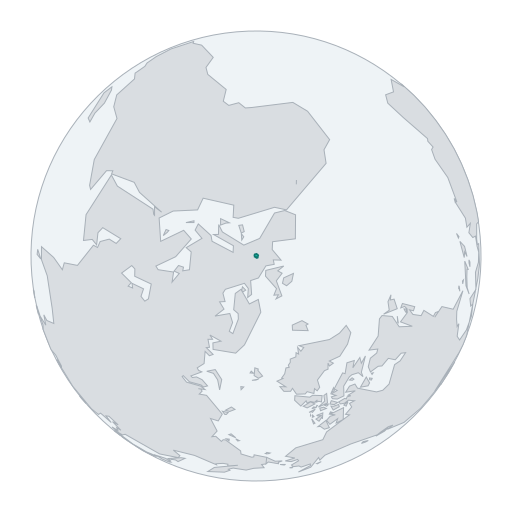 Côte-d'Or on an orthographic globe, rotated 175°
{"feature_id": "FRA-5282", "entity_name": "Côte-d'Or", "entity_type": "Metropolitan department", "adm_level": 1, "iso_a3": "FRA", "parent_name": "France", "parent_adm1": "", "projection": "orthographic", "projection_center": [4.917, 47.462], "detail": "fine", "context": "on_globe", "style": "filled", "palette": "teal", "viewbox_px": 512, "rotation_deg": 175, "n_neighbors": 0, "source": "natural_earth", "source_scale": "10m", "svg_char_len": 11254}
<svg xmlns="http://www.w3.org/2000/svg" viewBox="0 0 512 512"><g transform="rotate(175 256 256)"><circle cx="256" cy="256" r="225" fill="#eef3f6" stroke="#a8b0b8"/><path d="M32.1,280.7L31.9,278.4L31.3,270.8L33.4,268.7L34.7,253.7L34.5,248.1L33.1,248.9L34.1,228.1L37.0,214.2L53.1,158.4L57.5,149.6L62.0,142.3L89.7,105.9L67.3,133.1L73.9,123.6L83.2,111.7L83.1,112.3L96.2,98.8L105.1,90.1L123.1,77.3L140.3,71.9L134.3,75.6L139.1,74.4L146.9,69.9L150.8,67.3L177.9,60.5L204.6,51.6L210.2,47.1L211.2,49.8L219.9,40.8L232.6,37.1L220.0,42.5L220.0,44.1L229.4,41.8L231.5,43.1L237.2,42.9L238.9,44.7L231.4,48.3L232.3,49.7L238.9,48.1L244.7,49.3L234.9,51.4L244.0,53.9L233.1,61.4L205.4,67.2L201.0,74.6L176.7,89.6L180.6,90.5L173.8,97.3L175.7,101.0L170.6,103.2L176.5,104.3L180.8,101.6L184.8,101.3L186.3,103.4L180.1,106.4L178.5,105.8L177.5,107.8L173.7,108.5L176.4,109.3L168.8,113.1L178.5,112.5L174.2,118.2L168.6,119.8L166.4,115.5L147.8,110.1L141.4,111.2L134.6,116.8L127.4,135.7L121.5,139.0L115.4,146.7L119.9,146.5L126.3,140.5L133.1,142.5L140.1,135.5L143.9,135.5L152.1,130.5L153.8,135.9L151.0,144.2L144.2,148.8L142.8,152.7L151.6,152.4L141.3,165.6L138.5,182.6L135.6,185.7L125.5,183.9L119.5,173.0L106.4,172.4L117.8,177.8L110.2,186.4L110.1,190.2L112.3,192.8L116.3,191.7L114.3,195.9L102.3,191.7L103.9,187.7L107.7,189.0L104.8,184.1L96.7,182.2L93.5,187.2L84.6,180.4L82.2,184.0L78.9,184.9L83.3,179.4L75.2,189.4L64.2,185.8L52.9,203.4L60.8,183.4L61.7,175.6L61.8,168.2L59.8,170.9L62.6,158.5L60.5,154.6L52.9,163.9L46.6,177.4L44.1,189.4L46.5,187.4L46.6,194.8L39.8,203.6L38.8,220.6L35.0,230.3L33.8,240.4L34.9,246.3L35.6,256.7L38.4,255.5L41.9,260.6L39.6,269.9L43.4,266.3L44.1,275.5L52.6,291.9L51.3,292.8L58.1,317.5L69.2,336.8L71.8,346.8L70.1,349.1L74.8,355.3L74.9,358.0L97.2,381.1L111.4,396.8L112.8,405.3L104.7,407.5L106.0,420.1L93.7,411.6L96.3,414.9L84.9,402.6L74.4,389.4L65.0,375.4L56.6,360.8L49.3,345.6L43.2,329.9L38.3,313.8L34.5,297.3L32.1,280.7ZM49.4,208.1L48.5,232.7L45.8,224.2L46.9,224.5L47.8,217.0L48.4,206.2L47.0,199.5L49.4,208.1ZM56.1,206.6L56.0,203.1L56.6,205.9L56.1,206.6ZM152.3,66.1L146.8,69.7L139.1,73.6L143.3,70.3L152.3,66.1ZM167.3,60.1L165.4,61.8L160.2,62.4L162.9,61.2L167.3,60.1ZM213.7,43.9L208.9,45.5L212.9,43.6L213.7,43.9ZM237.7,42.6L238.5,41.8L241.1,42.1L237.7,42.6ZM150.7,127.9L151.3,129.2L149.4,129.4L150.7,127.9ZM153.6,124.6L150.9,124.0L151.8,122.4L153.5,122.8L153.6,124.6ZM246.1,45.3L250.2,46.2L244.7,45.8L246.1,45.3ZM156.7,125.8L153.9,119.7L155.7,116.9L163.4,116.2L156.7,125.8ZM251.7,47.1L261.7,49.7L264.2,48.0L262.9,54.5L254.8,49.9L247.7,49.6L251.8,48.5L251.7,47.1ZM181.5,99.9L177.0,102.9L179.3,98.6L181.5,99.9ZM182.0,97.3L183.4,85.5L190.7,82.6L188.8,86.9L197.1,81.9L200.0,86.2L196.1,89.9L190.8,90.9L195.9,91.9L182.0,97.3ZM260.6,57.9L261.9,59.2L259.1,58.5L260.6,57.9ZM186.6,100.9L186.2,98.6L192.5,95.8L194.4,99.9L191.8,99.5L186.6,100.9ZM197.9,78.6L203.0,77.5L206.7,80.6L209.2,80.6L200.7,86.1L197.9,78.6ZM191.1,101.1L195.2,102.1L193.6,105.3L187.4,103.0L191.1,101.1ZM193.4,93.5L196.5,92.4L195.4,94.3L193.4,93.5ZM190.3,118.0L189.7,115.0L192.9,113.3L190.3,118.0ZM196.9,102.2L197.4,101.1L198.6,100.2L201.0,101.5L196.9,102.2ZM204.0,88.0L204.5,89.7L207.6,85.9L210.5,88.3L204.4,91.6L208.3,91.2L209.2,92.0L203.1,93.9L204.0,88.0ZM207.0,100.0L200.2,105.5L200.5,111.2L197.6,112.9L197.6,103.4L207.0,100.0ZM205.2,96.2L205.7,98.9L201.9,99.5L199.2,98.0L205.2,96.2ZM214.7,88.9L211.8,84.3L213.3,83.7L214.7,88.9ZM207.8,101.6L209.5,100.2L208.3,101.9L207.8,101.6ZM213.5,92.6L212.2,90.9L213.9,90.4L213.5,92.6ZM213.7,99.1L211.5,100.7L209.7,99.7L213.7,99.1ZM214.2,96.0L216.8,95.6L210.3,98.3L213.4,95.3L214.2,96.0ZM215.2,92.3L215.8,91.4L215.5,93.1L215.2,92.3ZM222.0,102.2L214.3,105.9L210.2,103.5L218.3,100.2L222.0,102.2ZM474.8,202.5L474.4,200.9L474.2,206.1L477.7,219.2L478.1,218.4L479.3,226.1L478.9,224.0L478.8,225.5L476.3,214.9L471.4,205.4L472.5,215.9L470.0,210.0L463.3,206.4L463.6,221.5L465.7,254.5L470.0,271.0L468.9,284.0L457.7,272.2L450.1,259.2L447.6,265.9L434.7,262.2L417.0,280.9L413.1,278.3L410.0,284.0L400.7,285.6L394.2,280.7L389.2,285.0L406.2,297.6L411.4,293.0L413.8,281.0L417.7,286.8L426.5,286.5L421.7,312.0L393.0,349.3L388.0,337.7L354.5,311.6L354.3,306.6L354.1,306.1L353.5,305.3L352.8,313.9L346.2,307.9L366.5,329.5L370.9,340.0L392.7,350.4L391.2,353.4L397.5,354.0L415.0,336.7L415.6,340.9L408.7,366.2L382.5,405.1L384.7,417.1L380.7,428.6L361.6,443.0L360.5,448.7L350.2,454.6L347.7,457.8L337.9,463.4L322.6,469.7L299.4,475.1L300.1,473.4L291.8,470.8L281.3,457.6L289.4,448.2L288.2,441.1L271.2,424.5L275.1,413.0L270.0,408.4L259.8,410.2L253.7,404.4L247.3,404.3L205.9,405.8L192.0,395.7L172.5,365.5L179.0,355.9L178.1,342.2L221.6,299.3L233.3,302.9L270.3,295.1L275.4,296.5L273.7,308.6L303.6,318.2L310.2,307.0L334.6,308.0L349.2,302.3L349.7,278.9L325.8,287.9L319.0,278.6L336.1,262.3L356.6,254.7L354.7,250.9L339.5,247.2L341.9,237.3L334.0,245.3L338.9,248.1L334.0,253.3L329.2,251.2L330.3,247.6L323.5,248.1L320.2,265.7L324.8,270.4L308.3,278.3L314.4,287.1L310.7,293.0L299.0,280.3L298.5,274.5L278.5,261.6L277.6,268.2L296.4,281.1L291.5,280.8L290.4,290.6L287.4,282.9L267.2,267.9L250.8,273.2L233.8,297.2L223.4,298.8L213.0,293.6L215.3,269.7L238.2,268.8L239.3,261.0L231.4,249.7L239.1,250.6L238.6,246.1L247.0,245.3L255.5,233.9L263.5,232.0L263.7,218.1L267.9,215.4L266.5,224.3L269.9,229.8L289.4,225.5L292.2,221.9L290.8,213.3L296.3,213.5L292.5,205.9L302.1,199.7L287.1,201.0L285.1,191.8L289.2,183.3L285.8,180.7L279.1,194.7L278.8,200.2L282.9,204.4L279.9,220.5L273.9,224.1L266.8,208.8L257.5,212.5L256.1,199.6L275.2,168.5L284.7,161.0L306.9,166.7L306.5,173.2L298.3,174.2L308.8,181.3L306.5,176.8L311.1,177.2L310.3,169.1L313.5,169.1L307.3,161.7L311.1,160.7L315.0,165.4L317.1,153.4L324.3,149.7L323.2,147.1L320.1,145.3L331.3,142.2L330.0,140.5L325.8,140.7L320.5,137.5L315.6,130.8L319.7,130.1L322.1,132.4L333.3,136.5L338.9,143.2L340.1,142.3L336.2,136.4L322.5,131.2L318.4,127.4L325.0,128.9L322.3,128.1L321.5,126.0L324.6,123.4L317.4,121.5L303.4,101.4L308.0,95.0L315.5,98.1L310.0,85.0L315.7,79.8L311.8,79.9L306.6,74.3L304.8,75.8L302.5,75.5L288.3,63.2L288.2,60.1L277.7,55.9L275.7,56.1L275.2,58.1L262.9,54.5L264.2,48.0L268.6,47.8L266.4,44.4L276.8,44.7L284.5,43.6L297.2,46.7L302.1,46.0L300.7,44.8L306.3,43.4L322.8,45.5L315.9,49.0L292.3,49.1L302.5,49.3L302.1,51.0L306.9,52.3L313.9,52.5L313.5,51.4L334.6,62.7L355.3,69.8L349.2,63.8L351.0,61.9L369.2,67.2L401.9,89.8L404.6,89.4L408.5,92.2L414.4,98.3L408.9,94.3L409.8,97.1L405.8,94.2L413.4,103.5L408.0,99.8L416.5,109.2L419.4,109.8L414.7,102.7L424.5,113.0L426.8,111.9L433.2,118.1L449.9,142.2L457.8,158.2L459.5,161.4L459.4,163.4L464.2,174.8L468.2,180.4L468.8,182.0L474.8,202.5ZM209.6,323.9L209.1,328.2L209.6,323.9ZM380.6,257.3L391.4,250.7L382.6,240.3L386.0,237.1L381.7,234.9L381.9,239.6L370.9,233.1L374.1,225.8L370.7,220.7L366.9,222.7L362.8,237.2L378.6,246.4L377.8,253.7L380.6,257.3ZM52.9,292.3L53.6,296.1L52.0,293.5L52.9,292.3ZM43.8,226.6L44.4,230.4L44.2,233.6L43.4,231.4L43.8,226.6ZM52.8,256.2L54.3,261.0L52.1,257.6L52.8,256.2ZM48.7,236.3L51.6,252.8L47.4,247.4L45.8,237.1L47.8,242.0L48.7,236.3ZM52.5,210.2L52.5,213.1L51.4,214.1L52.5,210.2ZM56.5,208.7L56.3,208.0L57.0,205.5L56.5,208.7ZM110.9,186.6L111.8,187.1L113.2,190.4L111.0,190.1L110.9,186.6ZM128.5,199.0L124.9,205.6L126.0,200.5L122.2,201.0L119.9,191.2L134.0,186.9L128.0,190.4L128.5,199.0ZM120.6,177.5L120.5,183.8L120.1,177.1L120.6,177.5ZM228.1,223.7L232.0,226.5L230.3,231.8L220.2,235.4L222.5,227.7L228.1,223.7ZM237.9,229.5L233.7,214.0L239.8,211.5L237.1,215.4L241.6,215.4L238.4,221.7L248.3,235.1L247.5,240.8L229.2,243.6L235.6,239.3L231.5,236.6L237.9,229.5ZM212.3,182.7L210.6,177.1L226.1,178.9L225.9,184.0L215.8,187.6L210.1,183.7L212.3,182.7ZM170.9,126.3L169.2,124.8L170.9,123.8L173.7,124.3L170.9,126.3ZM189.7,116.8L179.9,132.0L177.5,131.0L174.7,141.7L167.2,143.3L169.3,136.2L161.4,145.8L160.4,140.0L155.7,146.9L161.2,131.0L159.9,126.5L164.2,130.8L171.0,129.3L173.6,127.4L180.0,118.7L180.6,109.0L187.5,106.4L192.3,107.2L193.2,109.1L188.4,110.1L193.0,112.0L186.8,115.0L189.7,116.8ZM243.6,123.8L237.7,123.1L246.0,129.5L239.8,131.6L241.1,132.2L237.7,136.1L235.9,141.9L232.7,142.2L233.3,144.4L231.1,147.1L230.9,150.3L225.1,152.0L224.5,156.2L222.1,154.6L222.5,161.4L219.6,157.2L216.4,160.7L220.9,162.9L190.1,166.4L179.5,171.9L172.2,179.0L168.2,171.4L172.5,160.2L181.2,148.9L192.1,145.0L188.3,142.5L192.4,140.0L193.6,143.0L194.1,137.0L197.8,135.8L205.6,127.1L204.0,119.6L206.8,116.4L209.3,118.8L210.3,114.0L216.9,116.4L219.0,114.3L227.7,114.8L231.2,121.0L233.3,118.2L240.0,118.7L243.6,123.8ZM224.4,102.6L230.1,108.9L229.4,113.4L214.7,110.7L211.8,112.3L202.3,111.2L203.5,104.9L206.1,105.8L208.8,105.1L207.4,107.3L210.6,105.1L214.3,106.3L217.9,105.0L218.7,107.4L224.4,102.6ZM279.6,291.4L283.2,291.4L288.6,289.9L288.0,296.3L279.6,291.4ZM265.6,281.3L268.7,280.2L270.5,288.0L266.7,288.2L265.6,281.3ZM268.8,273.1L268.7,279.5L266.5,276.2L268.8,273.1ZM269.2,222.9L272.3,221.3L273.2,223.2L272.2,226.5L269.2,222.9ZM266.9,144.7L263.6,143.2L264.1,141.9L259.9,135.8L264.1,134.0L268.3,137.0L266.9,144.7ZM346.6,284.4L343.3,290.2L340.6,289.0L342.3,287.3L346.6,284.4ZM314.9,294.7L322.9,295.4L314.7,296.5L314.9,294.7ZM270.8,141.7L268.6,139.4L272.1,140.0L270.8,141.7ZM267.0,132.4L270.9,132.5L264.2,133.1L267.0,132.4ZM411.2,408.1L393.2,431.8L384.8,437.1L385.5,433.9L393.7,421.5L404.1,412.3L409.8,404.0L411.2,408.1ZM480.8,241.9L480.2,240.4L480.1,234.7L480.1,233.4L480.8,241.9ZM470.6,271.7L473.9,276.7L472.9,281.7L470.6,271.7ZM461.7,165.4L463.5,170.3L462.5,168.4L459.5,161.1L461.7,165.4ZM438.2,123.8L442.3,129.3L444.0,131.9L442.9,130.4L438.2,123.8ZM303.9,125.8L305.0,136.0L308.6,142.8L315.1,145.5L306.5,146.4L300.9,135.9L303.9,125.8ZM303.0,104.3L297.3,102.5L299.4,100.7L300.9,100.9L303.0,104.3ZM299.9,105.0L293.7,107.7L290.3,105.0L295.8,103.4L299.9,105.0ZM282.5,124.1L282.5,127.2L279.6,126.6L282.5,124.1ZM405.2,87.5L403.1,86.0L399.4,82.7L401.9,84.7L405.2,87.5ZM385.5,71.8L397.7,81.4L407.2,90.0L406.5,88.9L412.6,94.3L411.2,93.8L401.2,85.0L394.9,79.3L389.6,75.7L382.2,70.4L377.1,67.8L372.5,65.0L375.2,65.7L385.5,71.8ZM375.1,67.1L363.5,62.2L358.6,58.1L360.1,58.2L367.4,62.0L369.6,63.9L375.1,67.1ZM359.3,59.9L361.2,61.9L348.2,61.6L344.3,60.6L351.6,58.0L353.8,59.8L357.8,60.8L359.3,59.9ZM263.9,58.4L262.1,59.1L262.3,57.8L263.9,58.4ZM301.6,76.5L298.6,75.9L299.0,74.2L301.6,76.5ZM290.4,73.3L292.1,75.7L288.6,73.5L290.4,73.3ZM296.3,81.0L292.0,76.7L298.6,80.4L296.3,81.0Z" fill="#d9dde1" stroke="#a8b0b8" stroke-width="1"/><path d="M254.0,256.8L253.9,256.8L253.9,256.5L253.8,256.4L253.7,256.2L253.8,256.1L253.9,255.8L253.9,255.7L254.1,255.5L254.2,255.3L254.2,255.2L254.3,255.1L254.3,254.9L254.5,254.8L254.5,254.7L254.4,254.5L254.3,254.4L254.3,254.2L255.0,254.0L255.1,253.9L255.3,253.9L255.5,253.9L255.7,254.0L255.8,254.1L255.8,254.3L255.9,254.2L256.1,254.4L256.1,254.5L256.0,254.8L256.1,255.0L256.3,255.1L256.5,255.3L256.6,255.2L256.8,255.3L256.9,255.5L257.0,255.5L257.1,255.4L257.2,255.5L257.2,255.4L257.3,255.5L257.3,255.4L257.5,255.4L257.5,255.5L257.5,255.8L257.4,255.8L257.3,256.0L257.4,256.3L257.5,256.3L257.6,256.5L257.6,256.9L257.5,257.0L257.3,257.4L257.3,257.5L257.2,257.5L257.1,257.8L256.9,257.9L256.7,258.0L256.4,258.0L256.4,257.9L256.2,257.9L256.0,258.0L255.6,258.1L255.4,258.2L255.1,258.0L255.0,257.8L255.0,257.7L254.9,257.7L254.7,257.7L254.4,257.5L254.4,257.4L254.2,257.2L254.1,256.9L254.0,256.8Z" fill="#14b8a6" stroke="#0f766e" stroke-width="1.5"/></g></svg>